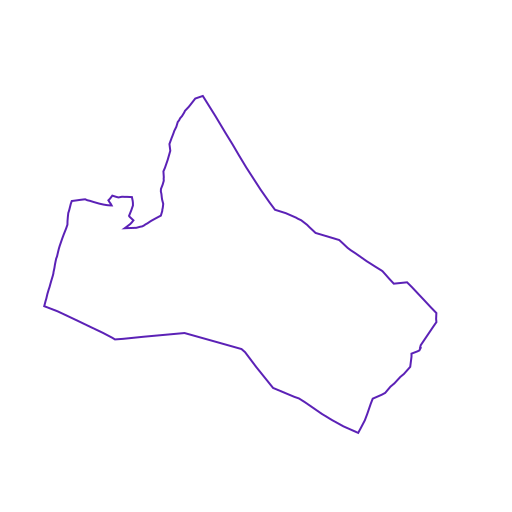 outline of Al-Baaj, Ninawa, Iraq, rotated 289°
{"feature_id": "34846034B31604409144822", "entity_name": "Al-Baaj", "entity_type": "district", "adm_level": 2, "iso_a3": "IRQ", "parent_name": "Iraq", "parent_adm1": "Ninawa", "projection": "mercator", "projection_center": [41.748, 35.687], "detail": "fine", "context": "isolated", "style": "outline", "palette": "violet", "viewbox_px": 512, "rotation_deg": 289, "n_neighbors": 0, "source": "geoboundaries", "source_scale": "gbopen_adm2", "svg_char_len": 2529}
<svg xmlns="http://www.w3.org/2000/svg" viewBox="0 0 512 512"><g transform="rotate(289 256 256)"><path d="M342.1,137.9L340.2,137.8L333.7,137.7L327.6,140.7L318.1,141.2L309.8,141.2L305.9,140.9L300.4,143.2L299.4,143.4L297.1,144.3L293.0,144.5L288.5,144.3L286.1,145.0L283.8,146.4L280.4,148.0L278.7,148.9L275.1,151.3L272.9,151.8L270.9,152.2L269.6,152.3L268.0,152.7L263.2,152.9L261.5,151.3L258.6,148.6L255.4,145.7L254.3,144.8L251.5,142.7L249.9,141.2L248.2,140.0L246.9,138.7L245.9,136.9L243.7,133.7L242.2,129.8L240.5,125.3L239.5,122.8L241.5,124.2L245.3,126.7L247.5,127.7L249.8,128.5L251.9,123.8L252.6,122.9L258.6,123.2L263.7,123.2L266.2,122.3L267.9,121.5L269.6,120.5L271.3,119.5L270.1,115.4L269.2,112.7L268.4,110.0L266.6,106.9L266.4,104.4L266.3,100.5L262.7,99.3L261.8,98.9L260.6,98.3L259.2,100.0L258.1,101.6L256.8,103.0L256.3,101.4L255.7,99.1L255.5,98.1L255.0,95.2L254.5,90.8L254.2,85.0L254.1,81.0L253.8,78.3L254.0,76.0L253.3,74.5L251.6,71.0L250.0,67.9L248.0,63.9L245.0,63.9L239.2,64.4L237.1,64.5L235.6,64.5L234.7,64.7L231.6,65.4L227.7,66.4L224.2,67.5L220.2,67.5L213.8,67.2L209.6,67.1L205.8,67.1L201.7,67.1L199.0,67.2L195.6,67.5L190.8,68.0L188.5,67.9L185.3,68.3L182.4,68.7L179.0,69.3L174.8,69.8L173.5,70.1L171.2,70.3L165.9,70.5L162.4,70.7L159.3,70.9L157.0,70.9L152.3,71.1L147.5,71.6L144.8,71.7L143.6,71.8L139.6,72.1L139.1,86.4L137.8,98.4L136.6,109.2L135.0,122.8L133.5,136.2L131.9,146.7L131.2,149.8L134.4,157.3L143.1,176.1L159.9,213.5L161.9,247.8L163.3,272.6L161.5,277.0L151.2,292.2L136.8,315.1L135.3,338.2L135.3,342.9L133.7,349.8L128.1,369.8L125.6,381.4L123.4,394.0L122.0,410.2L127.5,411.1L136.1,412.4L142.8,412.6L153.8,412.6L159.1,412.8L165.7,420.0L168.6,422.7L176.3,425.7L180.8,428.4L188.8,431.9L192.5,434.2L201.4,437.9L211.5,435.8L214.3,434.8L218.4,439.7L219.9,441.2L222.6,441.6L222.6,441.0L225.3,440.8L245.8,446.3L249.8,447.4L252.2,448.1L253.8,447.4L255.1,446.8L260.8,445.1L264.5,437.8L269.2,429.0L272.9,421.9L277.3,413.6L280.3,407.4L274.7,395.3L278.0,389.1L280.4,384.9L282.8,380.6L283.2,379.2L284.8,372.1L286.2,366.3L287.1,362.4L291.0,348.9L292.3,343.7L293.5,340.0L296.1,334.3L298.2,329.5L297.2,304.8L298.7,301.5L300.6,297.2L302.1,294.2L304.5,287.1L304.9,283.3L305.3,281.5L306.2,270.2L305.9,258.9L311.1,251.3L320.2,238.8L328.9,227.7L336.6,217.9L345.8,206.9L353.8,197.6L362.5,187.0L374.8,172.4L388.0,156.1L390.0,153.6L385.1,147.3L380.4,145.7L375.2,143.9L370.2,141.6L368.3,141.4L364.2,140.5L361.5,139.4L359.2,139.1L357.3,138.4L352.2,138.6L347.7,138.0L345.3,138.0L342.1,137.9Z" fill="none" stroke="#5b21b6" stroke-width="2"/></g></svg>